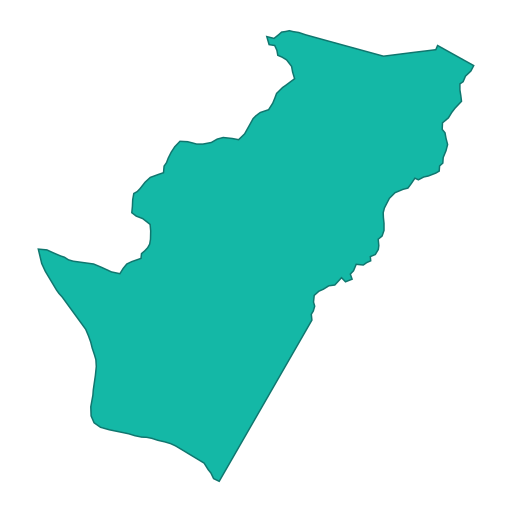 Jatobá do Piauí, Piauí, Brazil (Mercator projection)
{"feature_id": "56859067B34195907990870", "entity_name": "Jatobá do Piauí", "entity_type": "district", "adm_level": 2, "iso_a3": "BRA", "parent_name": "Brazil", "parent_adm1": "Piauí", "projection": "mercator", "projection_center": [-41.919, -4.852], "detail": "fine", "context": "isolated", "style": "filled", "palette": "teal", "viewbox_px": 512, "rotation_deg": 0, "n_neighbors": 0, "source": "geoboundaries", "source_scale": "gbopen_adm2", "svg_char_len": 2302}
<svg xmlns="http://www.w3.org/2000/svg" viewBox="0 0 512 512"><path d="M219.2,481.3L308.8,325.5L311.9,320.1L311.3,314.3L313.3,311.0L314.7,306.2L313.5,302.1L314.2,295.4L318.9,291.2L323.4,289.2L328.8,285.8L334.8,285.0L338.4,281.1L341.5,277.7L345.5,281.8L352.1,279.2L350.3,274.1L353.5,270.8L356.2,264.3L363.3,265.0L366.7,262.6L370.7,260.8L370.3,256.6L375.3,254.5L378.3,249.5L378.8,245.6L378.2,239.2L382.1,236.0L384.0,230.4L384.0,223.4L383.4,217.5L383.2,212.7L384.4,208.0L386.8,203.3L389.4,198.3L395.0,192.7L403.1,189.3L407.9,188.1L411.1,183.8L414.9,178.2L418.4,179.8L423.7,177.0L428.3,176.0L435.8,173.1L439.2,171.1L439.6,165.9L442.8,163.1L443.2,157.5L446.0,150.7L447.6,144.5L446.0,138.3L445.0,132.8L442.2,129.4L442.5,122.8L448.4,117.9L451.7,112.5L454.9,108.3L461.5,101.3L460.8,95.6L459.9,89.9L459.9,83.9L463.1,81.7L465.5,76.1L470.9,71.0L473.7,65.6L437.6,45.5L435.8,49.7L426.1,50.9L414.4,52.3L383.5,56.2L326.6,40.6L305.6,34.8L298.8,32.5L293.0,31.6L289.4,30.7L285.6,31.5L281.6,32.1L278.8,34.6L274.0,38.4L266.8,36.6L269.1,44.6L274.7,45.5L276.9,50.3L277.8,55.3L282.0,57.1L286.6,59.9L291.6,66.4L292.6,72.0L294.6,78.7L285.8,85.3L282.6,87.5L276.6,93.4L274.8,98.2L272.8,103.1L268.6,109.7L260.3,112.5L256.1,115.6L253.1,118.6L249.7,124.8L244.6,133.9L238.6,139.7L232.3,138.5L223.2,137.5L217.2,139.1L211.3,142.5L202.8,144.1L196.7,144.1L193.1,143.1L187.6,141.7L180.0,141.3L174.8,146.7L171.2,152.2L168.2,158.2L166.5,162.7L164.1,166.1L163.5,172.7L158.2,174.5L154.7,175.8L150.3,177.4L145.1,182.2L140.0,188.7L137.2,191.6L133.8,193.5L132.7,199.6L132.4,206.4L131.8,212.7L136.2,216.1L142.7,218.6L150.1,224.4L150.7,231.0L150.5,239.3L149.7,244.1L147.7,247.7L144.7,250.9L141.5,253.6L141.0,258.4L131.8,261.6L126.8,264.0L123.2,268.4L119.9,273.7L111.4,271.9L101.9,267.5L93.6,264.0L73.2,261.2L68.4,259.8L64.4,257.2L60.7,256.0L55.3,253.7L51.9,252.2L46.9,249.9L38.3,249.1L41.7,263.5L45.3,271.3L56.5,290.0L59.0,293.5L62.1,296.9L85.7,329.3L88.5,335.9L90.7,342.0L92.2,348.0L94.5,354.9L95.9,359.7L96.3,366.6L95.4,375.4L93.3,389.8L92.9,395.2L90.8,406.8L91.1,415.9L94.1,422.8L100.5,427.3L109.4,429.8L121.6,432.3L128.8,433.8L134.9,435.7L141.7,437.1L146.7,437.3L151.7,438.3L157.9,440.3L164.9,441.9L170.6,443.6L175.4,445.8L204.1,463.1L208.3,469.8L210.9,473.0L213.6,478.6L219.2,481.3Z" fill="#14b8a6" stroke="#0f766e" stroke-width="1.5"/></svg>